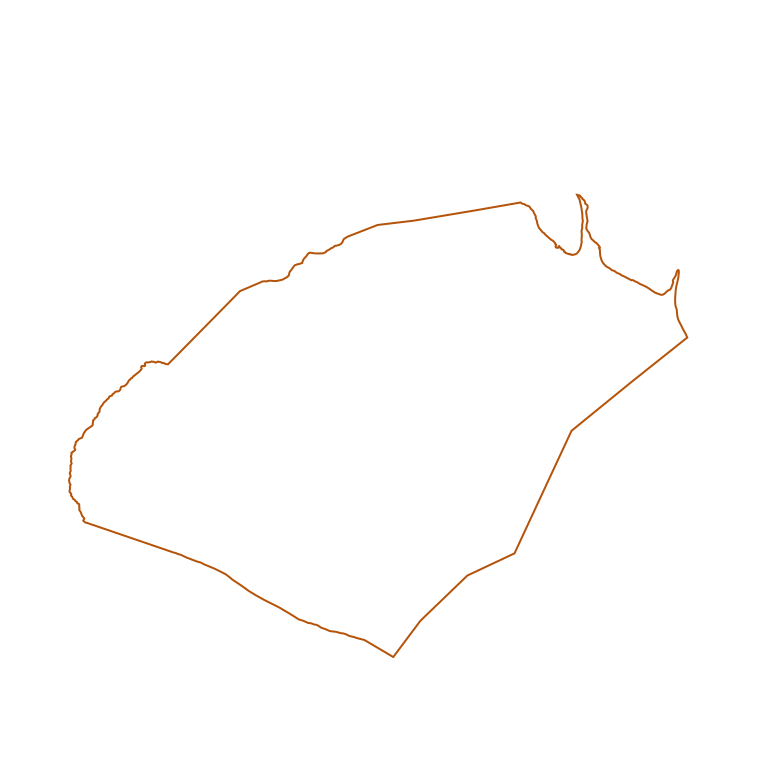 outline of Xyargas, Uvs, Mongolia, rotated 203°
{"feature_id": "93677404B82072173731918", "entity_name": "Xyargas", "entity_type": "district", "adm_level": 2, "iso_a3": "MNG", "parent_name": "Mongolia", "parent_adm1": "Uvs", "projection": "natural_earth1", "projection_center": [93.9, 49.493], "detail": "fine", "context": "isolated", "style": "outline", "palette": "amber", "viewbox_px": 768, "rotation_deg": 203, "n_neighbors": 0, "source": "geoboundaries", "source_scale": "gbopen_adm2", "svg_char_len": 6142}
<svg xmlns="http://www.w3.org/2000/svg" viewBox="0 0 768 768"><g transform="rotate(203 384 384)"><path d="M602.8,140.1L511.2,146.7L509.7,147.1L507.4,146.9L504.7,147.4L497.7,147.1L487.1,147.5L482.7,148.1L479.5,147.7L467.5,147.8L455.4,147.0L450.2,145.7L447.6,144.8L436.5,142.7L427.9,140.7L419.0,139.4L409.7,138.4L392.6,137.3L387.1,136.5L383.0,136.0L375.7,134.9L370.6,134.0L365.9,134.5L360.2,134.4L357.9,135.2L353.9,135.4L352.4,135.9L350.4,135.9L346.2,135.1L342.6,135.5L337.3,135.4L331.4,137.1L326.2,137.8L324.0,138.5L321.1,138.8L317.9,138.5L311.7,139.5L310.6,139.4L302.1,140.7L268.8,136.3L258.0,180.2L232.4,240.3L197.7,279.1L195.0,359.3L193.1,414.2L157.4,481.8L123.0,545.3L125.7,547.8L130.2,551.3L134.2,554.8L136.9,556.9L138.9,558.9L140.8,561.6L143.7,567.0L146.2,569.8L147.8,572.8L149.4,576.4L152.1,584.2L153.0,587.6L154.5,596.4L156.2,601.9L156.8,603.2L157.2,603.8L157.8,603.8L158.2,603.1L158.4,602.1L158.1,599.9L157.9,598.5L157.9,597.1L158.6,592.7L158.4,591.7L157.6,591.0L157.3,588.4L157.3,586.5L157.1,584.7L157.3,583.5L157.8,582.3L158.7,581.5L159.8,579.8L160.6,577.6L161.9,575.5L163.0,574.7L164.2,574.3L170.0,574.0L174.7,574.8L177.2,575.4L180.3,575.9L185.0,576.1L188.1,576.1L189.3,576.5L191.1,576.6L193.0,576.6L195.4,576.9L196.7,576.2L205.7,576.9L207.4,576.8L210.1,577.4L212.4,577.3L213.9,577.5L216.0,578.1L218.6,577.8L220.3,578.3L222.4,578.8L224.1,578.9L225.6,579.1L227.5,579.9L229.5,580.9L231.8,582.6L233.6,584.7L235.0,586.5L237.2,590.7L237.8,592.1L238.5,592.5L239.2,593.2L238.6,593.8L238.7,594.2L239.5,594.8L242.9,596.6L243.9,596.9L244.9,596.9L245.9,597.3L249.7,598.6L250.3,599.1L251.0,599.6L251.7,600.3L252.5,601.4L254.2,603.3L256.5,604.5L258.4,606.0L259.0,607.4L259.8,610.2L260.2,612.4L260.1,613.2L260.4,613.7L263.4,618.3L265.3,621.7L265.5,622.8L265.5,623.4L265.4,624.1L265.3,624.9L265.5,625.9L265.9,626.9L266.5,627.9L267.6,628.3L269.2,628.6L269.8,629.7L270.3,630.3L271.0,631.0L272.1,631.5L273.5,631.8L273.9,632.3L274.7,632.7L276.1,633.1L276.8,633.7L277.4,634.0L277.9,633.9L278.3,633.5L278.7,633.3L279.5,633.8L280.2,633.6L276.0,630.1L271.6,624.0L268.4,618.9L265.9,613.8L264.6,611.6L263.6,607.4L262.6,605.4L261.9,601.8L261.2,600.6L259.8,597.8L259.4,596.4L258.3,593.4L257.3,591.5L257.0,589.5L256.6,587.8L256.3,584.2L256.6,582.6L257.0,580.8L257.6,579.4L258.3,578.4L259.0,577.8L259.9,577.3L260.7,576.6L261.1,576.3L261.8,576.2L262.4,576.4L262.7,576.4L263.4,575.9L264.1,576.1L264.5,576.1L265.0,575.7L265.9,575.8L266.5,575.6L267.4,575.7L267.9,575.6L268.3,575.7L268.8,576.1L269.6,576.0L269.8,576.1L270.0,576.3L269.8,576.5L271.0,577.4L272.3,577.6L272.5,577.4L273.1,577.4L273.3,577.5L273.9,578.0L274.1,578.2L275.0,578.2L275.5,578.5L276.4,579.3L276.7,579.4L276.9,579.2L277.0,578.9L276.8,578.3L276.8,577.8L277.0,577.5L277.3,577.2L278.6,576.9L279.1,576.9L279.5,577.2L279.8,577.6L279.7,578.3L279.8,578.7L280.0,579.0L280.1,579.6L281.1,579.8L281.4,580.4L282.6,581.1L283.1,581.4L283.7,581.5L284.5,581.9L286.4,582.1L287.1,582.3L290.3,583.3L291.9,583.9L293.1,584.2L295.1,585.2L295.9,585.5L297.2,585.6L298.0,586.0L298.6,586.4L300.4,587.2L301.1,587.7L302.0,588.0L303.3,589.2L305.5,591.5L306.9,593.7L309.3,596.2L309.5,596.6L309.5,597.0L309.7,597.4L310.2,598.1L311.1,598.7L313.1,600.3L314.1,601.5L317.0,602.5L319.4,604.1L320.2,604.2L321.0,604.2L322.9,604.0L323.8,604.0L324.4,604.3L325.2,604.4L327.1,604.0L327.9,604.1L329.1,604.5L368.1,579.3L420.4,546.0L452.0,527.9L475.1,505.4L477.4,502.1L477.7,501.2L477.7,499.2L477.7,498.3L478.4,495.9L480.3,493.9L481.6,492.9L483.1,492.0L483.6,491.2L484.2,489.8L485.7,488.3L486.6,486.8L487.9,485.2L488.7,484.2L489.3,482.4L490.8,480.9L492.4,479.8L494.0,479.2L495.4,478.5L499.3,477.0L501.6,476.5L503.2,476.0L504.0,475.5L504.6,474.8L505.2,473.0L505.4,471.2L506.5,468.6L506.8,466.9L506.8,465.5L506.6,463.4L509.4,461.0L510.9,460.0L512.6,458.3L513.0,457.0L513.9,452.7L514.6,450.7L514.4,448.4L514.1,446.6L515.0,444.5L518.3,440.3L522.9,437.0L524.9,436.0L528.7,434.8L530.1,434.2L532.7,432.3L533.9,432.0L535.4,431.2L536.7,430.2L537.3,429.4L552.8,413.3L563.8,385.3L590.5,317.8L592.3,317.1L595.3,317.2L596.8,316.6L597.5,316.9L598.3,316.8L600.9,316.3L602.0,315.1L602.4,314.5L603.2,314.4L604.9,314.5L605.7,314.0L606.8,313.9L607.4,313.2L609.6,311.6L610.6,311.4L611.6,310.6L612.0,309.8L612.1,309.3L611.9,308.7L611.3,308.2L611.1,307.7L611.2,307.1L611.6,306.7L613.1,306.4L613.8,306.1L614.2,305.3L614.1,304.5L613.2,303.7L613.1,303.1L613.5,301.4L614.4,299.1L616.6,295.2L617.9,292.8L618.3,291.0L619.2,290.1L619.4,289.0L620.2,287.6L620.5,284.5L621.1,282.6L622.3,280.5L624.3,279.2L624.7,278.8L624.9,277.9L624.6,275.9L624.7,275.1L625.2,274.1L625.4,273.6L627.0,272.8L627.7,272.3L628.2,271.9L628.4,271.4L628.7,270.4L628.9,269.9L629.5,269.2L629.9,268.5L629.9,267.2L630.3,266.7L631.5,265.6L631.9,265.1L631.9,264.8L631.8,264.0L631.9,263.5L632.0,263.0L633.1,261.3L633.0,260.9L633.7,259.2L634.1,258.7L634.6,257.4L634.8,256.5L635.1,254.3L635.8,252.3L635.9,250.1L635.1,247.2L635.2,246.5L635.9,244.6L635.5,243.9L635.4,242.9L635.6,241.2L636.9,239.5L636.7,238.8L636.9,238.0L637.4,237.5L637.4,236.5L636.6,233.7L636.2,232.9L636.2,231.9L636.5,231.3L637.5,229.8L638.3,228.5L640.3,225.3L640.9,222.3L641.1,220.7L641.0,218.7L641.1,216.4L642.6,215.0L643.4,214.1L643.5,213.5L645.0,210.0L644.4,208.0L644.5,205.8L644.0,204.2L642.6,202.9L642.6,202.4L642.8,202.0L643.8,200.2L644.4,199.3L644.8,198.3L644.3,197.8L644.1,197.2L644.0,195.2L643.6,194.5L642.9,193.9L641.7,190.2L640.7,189.1L640.5,188.8L640.5,188.4L640.7,186.8L640.7,186.0L639.9,185.0L639.7,184.3L639.6,183.5L638.9,182.5L638.6,181.9L638.4,181.2L638.5,179.4L638.2,178.7L637.4,178.0L636.6,177.0L636.4,176.4L636.4,175.8L636.6,174.3L636.5,173.1L636.2,172.0L635.5,171.1L634.7,169.9L633.8,169.3L633.2,168.8L633.2,166.9L632.4,165.7L632.0,164.6L631.8,163.1L631.4,162.0L630.6,161.4L629.4,161.0L629.0,160.7L628.6,159.2L628.1,158.8L627.1,158.5L625.5,156.9L624.8,156.7L623.8,156.6L622.3,155.8L621.7,155.5L620.8,155.5L620.4,155.2L619.9,154.7L619.5,154.3L618.5,154.5L617.8,154.3L617.4,153.9L616.4,151.5L615.9,150.9L615.7,150.7L615.6,150.3L615.6,149.7L615.4,149.1L612.9,147.4L610.4,144.7L607.5,143.3L607.3,143.0L607.5,140.8L607.1,140.5L605.2,139.9L603.8,139.9L602.8,140.1Z" fill="none" stroke="#b45309" stroke-width="2"/></g></svg>